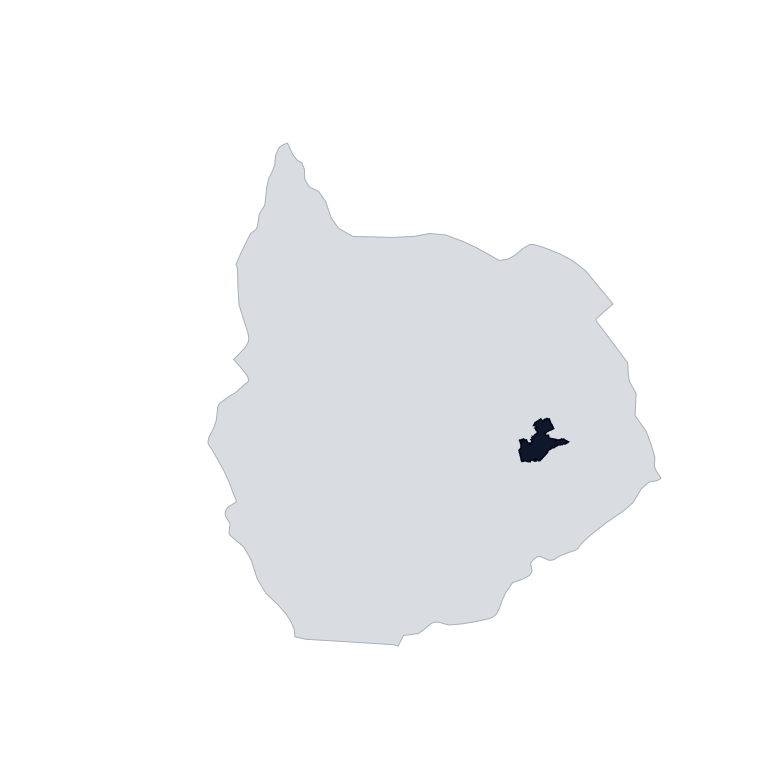 location of Goromonzi, Mashonaland East, Zimbabwe, rotated 51°
{"feature_id": "62879985B13905566839040", "entity_name": "Goromonzi", "entity_type": "district", "adm_level": 2, "iso_a3": "ZWE", "parent_name": "Zimbabwe", "parent_adm1": "Mashonaland East", "projection": "albers", "projection_center": [31.401, -17.8], "detail": "fine", "context": "in_parent", "style": "filled", "palette": "ink", "viewbox_px": 768, "rotation_deg": 51, "n_neighbors": 0, "source": "geoboundaries", "source_scale": "gbopen_adm2", "svg_char_len": 7480}
<svg xmlns="http://www.w3.org/2000/svg" viewBox="0 0 768 768"><g transform="rotate(51 384 384)"><path d="M524.4,612.3L518.7,608.5L510.9,606.0L501.1,604.8L488.2,605.4L472.5,607.5L455.5,605.1L437.4,598.0L422.3,595.6L404.4,598.9L403.6,599.0L400.5,596.6L395.5,591.3L387.3,590.5L385.1,589.3L383.2,587.4L382.0,584.9L381.5,582.1L382.7,573.4L382.0,572.4L379.8,571.4L375.2,570.4L364.4,566.6L350.7,563.0L328.6,559.2L320.0,558.3L318.0,557.0L315.4,553.9L311.0,544.0L306.9,537.5L297.2,527.5L295.6,524.4L295.9,516.3L296.5,509.8L297.4,504.2L296.9,499.1L296.6,492.6L296.8,488.3L295.5,486.5L292.0,485.2L282.1,484.8L270.2,485.4L269.6,478.8L268.3,468.7L265.9,463.0L263.1,460.0L257.5,457.0L246.3,452.9L231.0,446.7L217.8,437.3L202.6,425.6L197.8,423.6L192.0,412.4L183.1,393.1L183.4,386.6L182.1,383.5L173.6,374.1L171.7,369.2L170.1,364.2L156.7,350.6L152.0,344.6L148.4,336.9L144.9,330.7L141.9,328.3L138.1,324.1L135.3,319.3L134.1,315.7L134.9,310.8L136.0,307.4L148.6,310.5L155.3,310.6L160.6,308.7L167.2,310.8L175.2,316.9L183.8,317.9L192.9,313.7L205.4,314.5L221.3,320.4L234.4,321.4L249.7,315.4L263.2,299.5L275.9,284.6L288.4,267.4L295.9,253.6L307.0,242.3L321.8,233.5L337.0,226.0L360.3,216.8L364.8,209.5L366.3,201.5L366.1,190.4L367.3,183.2L369.7,179.9L373.5,177.3L378.5,173.9L393.9,165.3L406.8,159.8L422.6,156.1L439.9,155.9L456.5,155.8L466.0,155.7L466.2,166.4L467.0,178.3L468.8,179.5L481.4,179.7L501.4,180.5L520.8,181.3L533.1,189.9L537.3,191.8L550.1,194.1L566.5,208.7L586.2,210.1L599.7,214.7L611.6,219.8L618.4,225.8L622.8,227.2L628.8,227.7L631.7,228.2L631.0,232.5L627.0,239.8L627.4,250.2L632.8,264.7L633.4,277.3L631.6,299.5L631.5,320.9L632.0,328.6L632.8,333.7L633.9,336.5L633.7,339.7L630.4,348.6L627.7,358.1L627.6,361.9L626.5,364.5L624.6,366.9L616.1,371.2L614.6,373.9L614.6,378.8L615.6,383.0L618.8,384.5L622.6,386.9L624.1,389.9L624.1,393.2L622.8,399.2L619.4,409.1L622.7,420.6L626.4,428.1L631.6,436.7L633.7,442.0L633.6,445.9L632.8,449.5L624.8,465.2L619.1,474.9L612.1,485.3L603.0,491.8L600.7,494.9L599.7,498.5L600.0,506.3L599.5,514.5L591.7,527.1L596.5,537.9L595.4,538.9L592.7,540.5L581.6,552.6L570.3,564.9L562.0,573.9L552.7,584.1L542.2,595.5L533.3,605.3L524.4,612.3Z" fill="#d9dde1" stroke="#a8b0b8" stroke-width="1"/><path d="M514.5,277.4L514.6,277.5L514.9,277.6L515.0,277.7L515.0,277.9L514.7,278.1L514.5,278.5L514.3,278.7L514.0,278.8L513.8,278.8L513.7,279.0L513.3,279.1L513.2,279.3L513.1,279.5L513.4,279.7L513.3,279.9L513.6,280.0L513.7,280.3L513.7,280.6L513.2,281.2L512.6,281.5L512.8,281.8L512.9,282.0L512.7,282.2L513.1,282.4L513.4,282.8L513.1,283.5L513.0,284.0L509.8,284.1L509.6,285.7L509.6,286.2L509.6,287.3L509.5,288.2L509.4,288.7L509.4,289.0L509.0,288.7L510.0,290.2L509.0,290.7L510.4,293.8L510.7,293.3L511.1,293.3L511.2,292.8L511.4,292.3L512.2,292.3L513.1,292.4L513.2,292.6L513.2,293.1L513.3,293.3L513.2,294.2L513.5,294.0L514.6,294.1L514.6,294.4L514.5,294.5L515.2,294.7L515.2,294.3L515.1,294.2L514.9,293.9L515.1,293.7L515.4,293.8L515.4,294.2L515.9,294.4L515.8,294.6L515.6,294.7L515.8,294.9L516.0,294.9L516.2,294.4L516.8,294.6L517.3,294.4L517.9,295.0L518.4,295.9L518.4,295.7L518.5,295.6L518.6,295.4L518.8,295.4L518.8,295.5L518.9,295.4L519.2,296.4L518.7,296.6L518.7,297.5L518.3,298.0L518.6,299.7L518.9,300.2L519.3,300.9L518.1,301.7L518.3,301.8L519.2,302.2L519.0,302.4L518.8,302.7L519.5,302.7L519.5,302.8L519.7,303.4L519.7,303.5L519.9,304.1L520.0,304.7L519.9,304.8L522.2,305.1L522.1,305.6L522.5,305.6L522.3,306.9L521.9,307.6L522.6,307.8L522.3,308.1L522.9,308.8L522.7,309.0L521.9,308.1L521.3,308.1L521.1,308.9L521.2,309.0L520.6,309.5L520.1,309.7L519.9,309.6L520.0,309.3L519.3,309.1L519.2,309.3L518.0,308.8L518.0,309.1L517.9,309.2L516.9,308.7L516.8,309.3L516.7,309.5L516.2,309.6L516.4,310.1L514.5,310.1L514.5,311.3L514.4,311.3L514.5,311.5L514.3,311.6L514.8,312.1L513.9,312.4L513.8,312.7L513.5,313.0L513.2,313.4L513.1,313.7L512.9,314.0L513.2,314.3L513.3,314.3L513.6,314.4L513.9,314.4L514.7,314.6L515.3,314.6L515.5,314.7L515.8,314.6L515.8,314.9L515.8,315.1L516.0,315.2L516.3,315.4L516.8,315.2L516.8,315.3L517.2,315.5L517.4,315.4L517.5,315.4L517.5,315.7L517.6,315.8L517.8,316.0L518.0,316.1L518.4,316.3L518.3,316.5L518.5,316.7L519.0,316.5L519.2,317.0L519.3,317.1L519.6,317.4L519.7,317.6L519.9,317.5L520.0,317.8L520.0,318.1L520.1,318.4L520.3,318.5L520.5,318.9L520.3,319.2L520.3,319.4L520.3,319.6L520.2,319.8L520.3,320.0L520.3,320.5L520.7,321.0L521.1,321.0L521.5,321.2L522.0,321.5L522.3,321.6L522.4,321.9L522.7,321.8L523.1,321.9L523.8,322.5L524.0,322.4L524.3,322.2L525.1,322.8L525.3,323.2L525.4,323.3L525.7,323.3L526.3,323.5L526.7,323.8L527.1,323.8L527.4,323.9L527.7,323.8L528.2,324.2L528.4,324.7L528.7,324.9L529.1,325.1L529.3,325.1L529.6,325.0L529.9,325.1L530.3,325.5L530.7,325.6L531.0,325.6L531.4,325.0L530.4,324.4L531.4,323.5L531.9,323.8L532.9,322.0L534.2,321.6L536.5,319.3L535.5,317.8L536.7,316.5L537.2,314.8L538.5,315.8L538.7,315.6L538.7,315.1L539.0,315.0L539.2,314.9L539.3,314.6L539.5,314.5L539.6,314.4L539.2,314.1L538.1,313.9L537.8,313.3L538.0,313.1L538.2,312.9L538.2,312.7L538.3,312.6L538.4,312.8L538.6,312.8L538.6,312.6L538.8,312.6L539.3,312.7L539.6,312.6L539.9,312.6L540.5,312.2L540.8,312.2L541.0,312.1L541.3,311.7L541.7,311.3L541.6,310.0L541.5,309.4L541.5,309.0L541.5,308.7L541.4,308.2L541.3,307.7L541.1,307.2L541.1,306.5L540.8,306.1L540.8,305.4L540.9,305.2L540.7,304.6L540.8,304.4L540.9,304.1L540.7,303.7L540.4,303.2L540.5,302.7L540.4,302.5L540.5,302.2L540.3,301.7L540.3,301.1L540.0,301.0L539.9,300.8L539.8,300.6L540.0,300.3L540.0,299.9L539.9,299.9L539.5,299.5L539.3,299.4L539.1,299.3L539.0,299.0L538.9,298.9L539.2,298.5L539.2,298.2L539.2,297.8L539.1,297.6L539.0,297.4L538.9,297.3L539.1,296.6L539.3,296.0L539.5,295.5L539.4,295.1L539.3,294.9L539.4,294.7L539.2,294.5L539.3,293.8L539.6,293.3L539.5,293.1L539.8,293.1L540.1,292.4L540.5,292.1L540.4,291.8L540.4,291.6L540.5,291.3L540.3,291.2L540.5,290.5L540.5,290.0L540.4,289.6L540.8,288.9L541.0,288.2L540.9,287.8L540.8,287.6L541.0,287.2L540.9,286.9L542.4,285.1L542.5,284.7L542.8,284.0L543.4,283.5L543.3,283.3L543.1,283.1L543.1,282.9L543.3,282.4L544.0,281.8L544.1,281.5L544.5,281.1L544.6,280.9L544.6,280.7L544.8,280.5L544.7,280.2L544.8,280.0L544.9,279.7L544.8,279.4L544.8,279.1L544.7,279.0L545.1,278.4L545.2,278.0L545.0,277.9L545.1,277.6L545.0,277.4L545.0,277.1L544.7,277.3L544.7,277.5L544.1,277.9L543.8,277.8L543.7,278.0L543.6,277.9L543.4,277.8L543.4,278.0L543.3,278.4L543.0,278.4L542.6,278.4L542.4,278.3L542.0,278.4L542.0,278.7L541.3,278.7L540.8,278.9L540.6,278.9L540.5,279.0L540.0,278.9L539.7,279.1L539.6,279.8L539.3,280.2L538.7,280.4L538.7,280.7L538.5,280.8L538.4,281.4L538.2,281.7L538.3,281.9L538.4,282.1L538.3,282.3L538.0,282.6L537.8,283.0L537.4,283.3L537.3,283.6L537.0,284.1L536.8,284.2L536.8,284.4L536.8,284.5L536.7,284.5L536.2,285.1L536.1,285.5L536.2,285.8L536.3,285.8L536.2,286.2L536.0,286.4L535.9,286.7L535.2,285.3L532.7,287.5L529.8,289.8L527.3,288.4L525.5,290.8L524.4,290.7L523.8,290.8L523.7,290.8L523.7,290.3L524.0,289.9L523.8,289.7L524.0,289.3L524.0,289.0L523.7,288.5L523.7,287.9L523.5,287.3L523.5,287.2L523.9,286.6L524.0,286.3L523.9,286.2L524.1,286.0L524.0,285.8L524.1,285.6L524.1,285.4L524.2,284.9L524.4,284.4L524.5,283.9L524.5,283.7L524.7,283.2L524.8,283.0L524.9,282.6L525.0,282.5L524.9,282.3L525.0,281.9L525.1,281.6L525.1,281.4L525.3,281.3L525.3,280.7L525.4,280.2L525.2,280.2L524.5,280.1L523.4,279.6L523.0,279.7L522.5,279.5L522.0,279.5L521.6,279.3L521.5,279.2L521.3,279.3L521.0,279.1L520.3,279.3L518.8,278.8L518.4,278.7L517.8,278.5L516.9,278.1L515.6,277.8L515.5,277.7L514.5,277.4Z" fill="#0f172a" stroke="#020617" stroke-width="1.5"/></g></svg>